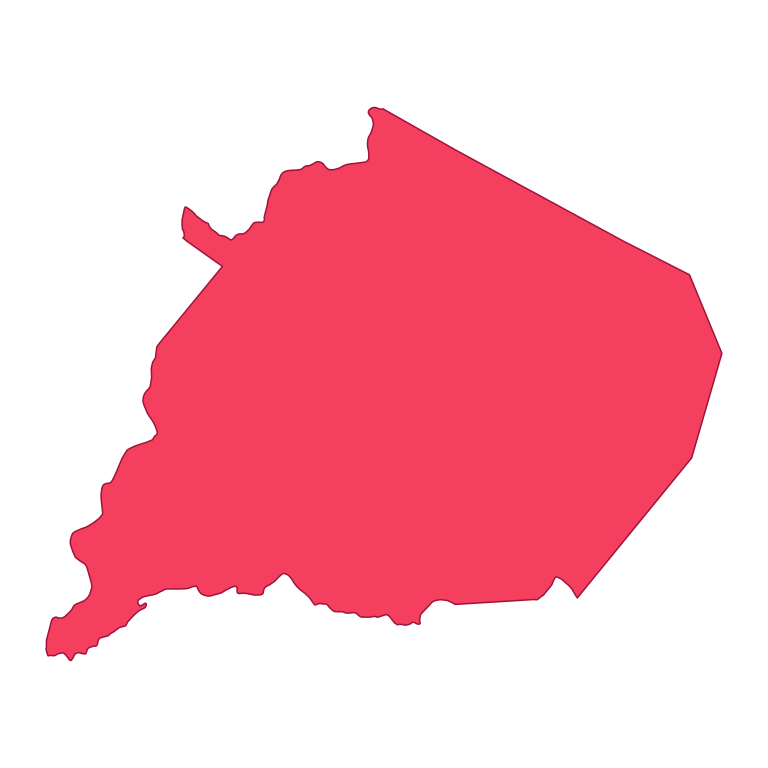 Apacilagua, Choluteca, Honduras (Mercator projection)
{"feature_id": "27666195B80375114467909", "entity_name": "Apacilagua", "entity_type": "district", "adm_level": 2, "iso_a3": "HND", "parent_name": "Honduras", "parent_adm1": "Choluteca", "projection": "mercator", "projection_center": [-87.065, 13.459], "detail": "fine", "context": "isolated", "style": "filled", "palette": "rose", "viewbox_px": 768, "rotation_deg": 0, "n_neighbors": 0, "source": "geoboundaries", "source_scale": "gbopen_adm2", "svg_char_len": 6034}
<svg xmlns="http://www.w3.org/2000/svg" viewBox="0 0 768 768"><path d="M322.9,604.0L325.5,604.0L327.0,604.4L327.5,604.9L328.3,606.1L330.0,608.0L332.4,610.2L334.2,611.5L336.2,611.7L341.9,611.7L343.2,612.0L345.3,612.8L346.8,613.1L350.5,613.0L353.4,612.6L354.4,612.7L355.7,613.1L356.8,613.7L359.1,615.9L361.4,617.1L368.5,617.2L370.8,617.0L373.1,616.5L374.4,616.5L376.1,616.6L377.1,617.3L377.5,617.3L385.0,614.9L386.2,614.7L387.1,614.8L388.4,615.5L389.7,616.7L394.5,622.9L396.2,623.9L397.2,624.7L397.7,624.8L399.2,624.3L401.2,624.4L402.7,624.5L404.2,625.1L405.2,625.1L407.6,624.8L410.0,624.0L411.0,623.5L412.0,622.5L412.7,622.3L413.5,622.3L414.5,622.6L416.8,623.8L417.9,624.1L418.9,624.2L419.8,623.9L420.1,623.4L420.2,622.8L419.7,621.2L419.7,620.0L420.3,615.6L420.6,614.6L421.8,613.1L429.2,605.4L431.7,602.5L432.8,601.7L433.8,601.1L436.7,600.2L439.7,599.8L441.9,599.8L447.4,600.5L451.7,602.4L455.1,604.4L534.2,599.5L535.6,599.8L537.1,599.7L537.9,599.2L541.4,596.4L543.4,595.1L546.5,591.3L549.6,587.6L551.8,584.8L553.3,581.2L554.3,579.0L555.3,577.3L556.0,576.8L556.8,577.0L558.0,577.4L561.7,579.3L569.4,586.1L571.8,588.9L575.6,595.4L576.9,597.3L577.4,597.8L691.6,458.0L721.9,353.4L689.5,274.8L623.9,241.4L455.2,149.8L382.9,108.8L381.4,109.2L380.0,109.1L378.5,108.7L376.7,107.9L375.5,107.5L374.3,107.5L373.4,107.6L372.0,107.9L371.0,108.4L369.2,109.9L368.7,110.8L368.4,111.6L368.4,112.9L369.0,114.2L369.6,115.2L371.4,117.1L372.5,119.2L373.1,122.0L373.4,124.7L372.9,127.1L371.3,131.9L370.6,133.6L368.7,136.9L368.1,138.5L367.8,140.3L367.5,142.5L367.5,146.0L368.6,151.7L368.9,156.4L368.6,158.9L368.0,160.1L367.4,160.8L366.1,161.7L364.5,162.2L347.6,164.3L343.5,165.7L340.3,167.6L338.4,168.4L334.3,169.5L331.5,169.8L329.4,169.6L328.4,169.3L327.3,168.5L325.2,166.7L323.3,163.9L321.9,162.9L319.7,161.9L318.4,161.7L317.4,161.7L316.0,162.1L313.1,163.9L309.7,165.5L308.5,165.8L306.3,165.9L304.9,166.4L303.9,167.0L302.2,168.7L300.9,169.4L296.4,170.1L291.3,170.3L288.2,170.6L285.6,171.2L283.8,172.0L282.5,173.0L281.2,174.7L280.3,176.5L279.0,180.0L276.8,183.9L276.3,184.6L274.9,185.7L273.8,186.8L272.0,188.9L271.4,190.1L268.0,200.1L267.2,205.4L264.3,216.6L264.2,217.6L264.4,219.6L264.2,220.5L263.9,221.2L263.1,222.0L262.2,222.4L261.3,222.4L258.5,222.1L254.8,222.5L254.2,222.7L253.4,223.3L252.3,224.7L249.1,229.3L246.2,232.0L244.3,233.4L243.5,233.7L242.0,233.9L238.7,234.0L237.2,234.6L236.1,235.3L235.1,236.1L234.6,236.7L234.5,237.4L233.2,238.6L231.7,239.7L231.1,240.0L229.9,239.5L227.4,237.7L225.0,236.4L222.2,235.7L219.4,235.4L218.7,235.0L217.2,233.4L215.0,231.6L212.0,229.6L210.9,228.6L209.7,226.9L208.8,225.0L208.4,223.8L208.1,223.4L206.1,222.6L202.6,220.7L196.3,215.9L194.4,213.5L191.5,210.8L186.3,207.2L185.7,207.0L185.2,207.1L184.7,208.0L184.4,208.9L182.1,219.7L182.0,223.6L182.3,228.3L182.6,229.6L183.4,230.9L183.8,232.0L184.3,234.8L184.2,235.9L184.0,236.8L183.7,237.3L183.0,237.9L187.0,241.3L222.4,266.4L159.6,343.0L156.8,346.9L155.5,357.4L154.9,358.7L153.5,360.8L152.7,362.3L152.0,364.9L151.5,367.3L151.3,368.7L151.6,377.7L151.0,381.9L150.3,385.8L149.9,387.0L149.2,388.2L146.1,391.5L144.3,394.2L143.4,397.0L143.0,400.4L143.2,402.3L143.8,404.6L147.3,413.0L149.1,416.0L152.5,420.8L154.2,423.9L155.9,427.9L156.8,430.2L157.1,431.8L157.2,433.2L156.9,434.3L156.4,435.0L154.9,435.9L153.0,438.9L152.4,439.7L152.0,440.0L146.5,442.3L139.1,444.6L134.1,446.4L129.6,448.6L127.7,449.7L126.9,450.4L125.6,452.4L122.1,458.3L115.2,474.6L112.8,479.5L111.7,481.3L110.8,482.4L109.8,482.9L108.7,483.2L106.2,483.5L104.3,484.2L103.3,485.1L102.5,486.5L101.9,488.5L101.5,490.8L101.0,495.7L101.3,500.2L102.6,512.5L102.6,513.7L102.3,514.6L99.1,518.4L93.9,522.5L91.5,524.1L86.5,526.9L85.0,527.6L81.5,528.7L75.0,531.6L73.2,532.9L72.5,533.8L71.9,534.9L71.3,536.7L70.6,539.3L70.3,541.2L70.3,542.9L70.5,544.5L71.0,546.3L72.9,551.7L74.6,555.7L75.9,557.8L80.4,561.2L84.3,563.6L85.4,564.7L86.2,565.9L86.8,567.1L87.9,570.7L91.2,582.2L91.9,585.9L91.9,587.2L89.8,594.0L88.6,596.2L87.3,598.0L85.7,599.5L83.4,601.1L80.8,602.2L77.2,603.6L75.7,604.4L74.4,605.3L73.5,606.3L72.1,609.0L71.1,610.5L65.0,616.5L63.0,617.6L60.8,618.2L58.6,617.9L56.4,617.2L55.4,617.2L53.8,617.8L52.5,618.8L51.8,620.2L50.9,622.7L50.1,626.2L47.0,638.1L46.5,640.4L46.4,642.2L46.4,647.6L46.1,648.6L46.1,649.3L46.6,651.7L47.7,655.2L48.0,655.7L48.3,655.9L49.3,655.5L49.9,655.5L51.9,655.5L54.3,655.8L58.8,653.5L61.6,653.0L63.2,653.0L64.1,653.4L65.8,655.1L67.6,657.3L69.3,659.7L70.1,660.4L70.9,660.5L71.4,660.2L73.1,657.7L74.8,654.4L75.5,653.7L76.7,653.1L77.8,652.7L79.0,652.7L82.6,653.7L84.7,653.9L85.6,653.9L86.3,652.6L87.3,649.4L87.7,648.8L88.4,648.2L89.5,647.5L90.9,647.0L93.6,646.2L95.9,646.1L96.7,645.6L97.5,643.8L97.9,641.5L98.3,640.3L99.0,639.0L99.8,638.2L101.1,637.6L107.9,635.9L110.4,633.7L113.7,631.8L119.3,627.6L125.6,625.8L126.6,624.2L127.3,622.5L128.5,621.0L131.9,617.2L135.9,613.3L137.4,612.0L140.6,609.8L143.8,608.4L145.1,607.5L145.8,606.5L146.2,605.2L146.2,603.9L146.1,603.5L145.9,603.3L145.3,603.3L144.5,603.6L142.0,605.2L140.4,605.9L139.7,605.6L138.6,604.5L137.9,603.1L137.8,601.7L138.3,600.4L139.5,599.2L142.1,597.5L144.0,596.7L147.7,595.8L153.7,594.6L156.2,593.9L157.8,593.1L159.8,591.9L162.8,590.6L164.5,589.6L166.0,589.1L168.7,588.9L177.5,589.0L186.4,588.7L188.9,588.1L191.4,587.0L192.6,586.7L194.1,586.4L196.1,586.3L196.8,586.6L197.2,587.0L197.7,588.7L198.8,590.7L200.1,592.6L201.4,593.9L203.0,594.7L205.2,595.5L207.6,596.0L209.3,596.1L212.4,595.4L220.7,593.1L222.0,592.5L225.9,590.1L230.9,587.6L233.4,586.6L235.2,586.2L236.2,586.6L236.9,587.5L237.2,588.9L237.0,590.7L237.1,591.9L237.5,592.8L238.2,593.3L239.5,593.5L242.5,593.2L246.7,593.5L254.6,595.1L260.1,594.9L261.9,594.4L262.9,593.6L263.2,592.8L263.9,589.2L264.5,588.1L265.3,587.2L266.5,586.3L269.3,584.9L273.5,582.1L275.3,580.6L279.1,576.7L281.8,574.3L283.1,573.6L284.4,573.5L285.4,573.7L286.5,574.2L288.1,575.1L289.2,576.1L291.3,578.5L294.3,583.3L296.7,586.3L300.0,589.6L304.8,593.2L307.9,596.0L309.9,598.2L313.8,603.8L314.9,604.9L315.6,604.9L319.2,603.5L321.0,603.6L322.9,604.0Z" fill="#f43f5e" stroke="#9f1239" stroke-width="1.5"/></svg>